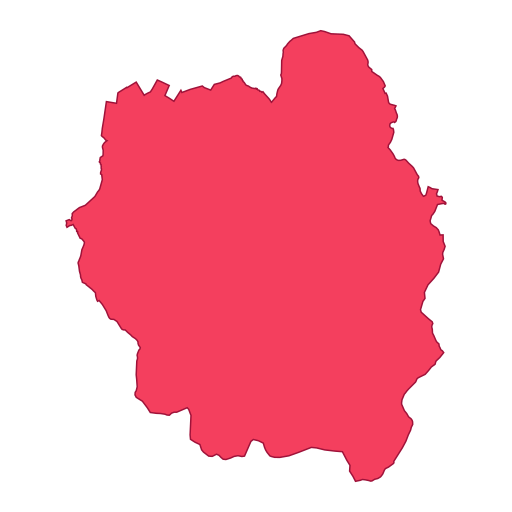 outline of Soimi, Bihor, Romania
{"feature_id": "2599482B68730254025717", "entity_name": "Soimi", "entity_type": "district", "adm_level": 2, "iso_a3": "ROU", "parent_name": "Romania", "parent_adm1": "Bihor", "projection": "albers", "projection_center": [22.142, 46.656], "detail": "fine", "context": "isolated", "style": "filled", "palette": "rose", "viewbox_px": 512, "rotation_deg": 0, "n_neighbors": 0, "source": "geoboundaries", "source_scale": "gbopen_adm2", "svg_char_len": 5943}
<svg xmlns="http://www.w3.org/2000/svg" viewBox="0 0 512 512"><path d="M201.6,449.8L203.5,452.1L208.7,456.1L211.0,456.3L212.4,456.3L216.5,454.2L219.0,455.3L221.1,457.5L223.1,459.2L225.9,459.5L230.6,458.0L234.1,456.4L238.0,455.7L241.9,456.5L244.5,456.1L250.9,441.4L253.3,439.5L258.4,440.7L263.3,443.1L264.5,447.2L265.6,449.9L267.1,452.4L269.9,455.9L271.4,456.5L274.6,457.3L279.8,457.4L288.9,455.8L298.7,452.3L311.3,447.4L316.6,447.9L324.8,449.9L335.1,451.1L342.4,451.7L346.8,460.2L350.0,465.4L349.6,471.1L353.0,476.4L355.5,481.3L360.3,480.3L362.4,479.5L365.2,479.8L368.7,480.5L370.6,481.1L372.0,480.9L374.6,479.3L377.8,478.5L380.5,476.9L381.6,475.6L382.8,473.9L384.4,470.1L385.4,468.6L388.5,467.1L393.3,463.6L393.9,462.8L393.8,461.3L402.3,447.9L405.9,441.2L408.3,434.9L410.6,430.1L411.3,427.3L412.7,424.4L412.6,421.8L412.2,420.5L411.6,419.5L410.9,418.6L409.0,417.2L408.4,416.5L406.7,413.5L404.4,410.7L401.6,404.2L401.6,402.7L402.0,399.7L404.3,394.2L405.5,392.8L406.9,390.9L408.6,389.0L415.5,382.1L416.0,381.2L416.8,379.1L417.5,378.3L418.5,377.6L425.2,374.3L428.5,370.6L431.3,367.0L435.1,364.2L435.8,361.5L436.4,360.7L439.8,357.5L443.7,352.6L442.6,351.1L442.0,350.5L441.6,350.4L440.7,349.5L440.2,348.1L439.2,346.2L438.9,343.9L436.8,342.0L435.9,340.5L433.8,335.6L432.5,333.1L432.3,329.3L431.7,326.8L432.1,324.9L432.8,323.6L432.2,321.8L428.5,318.8L421.2,312.2L420.5,309.7L422.9,301.4L425.0,298.4L424.4,292.4L428.0,284.8L433.8,278.4L438.6,272.1L440.7,264.2L443.5,258.8L442.6,254.3L442.8,252.4L444.2,249.3L445.1,246.3L443.2,241.5L443.1,234.9L440.0,235.0L439.1,231.9L438.3,229.9L436.2,227.6L433.5,226.0L430.7,223.6L430.1,220.8L431.7,215.4L432.7,214.5L434.8,211.4L437.5,204.5L442.1,203.6L444.2,203.4L444.8,204.1L445.6,204.1L445.9,203.2L445.7,202.6L445.1,202.0L442.0,200.2L442.3,197.4L441.5,196.4L441.1,196.3L439.8,196.7L437.1,196.1L436.5,193.8L437.4,191.6L438.0,189.6L432.0,188.7L430.0,187.5L428.2,186.7L426.6,192.8L425.9,195.0L425.5,195.4L424.9,195.6L424.0,196.2L423.5,196.3L423.3,196.1L421.6,193.9L420.2,191.1L420.0,188.3L419.4,187.1L418.1,183.9L417.8,182.8L417.6,180.9L417.9,179.3L418.7,177.9L418.8,177.4L418.5,176.2L417.3,174.8L413.5,167.8L412.0,166.2L408.7,163.2L405.9,160.1L404.7,159.4L404.0,159.3L400.7,160.3L398.4,160.4L397.4,160.1L396.1,159.3L395.1,158.2L394.4,156.4L393.1,154.0L390.2,149.9L388.0,147.5L388.4,146.3L388.4,145.1L390.4,142.3L391.8,139.4L393.8,132.3L393.5,129.8L393.0,128.4L392.0,128.4L390.7,127.7L389.9,126.7L389.7,125.9L389.9,124.1L390.7,123.1L391.3,122.7L393.3,121.9L394.3,122.0L394.5,122.4L395.4,121.9L395.9,121.4L396.3,120.4L396.7,118.8L397.1,118.1L397.3,117.4L397.4,116.1L397.1,114.6L396.3,112.8L395.3,109.7L394.6,108.6L396.0,105.9L394.7,105.4L390.9,104.4L389.9,104.0L389.1,103.2L388.6,102.4L387.5,96.1L386.1,93.1L385.1,93.4L382.9,88.5L384.5,87.1L385.2,85.9L383.4,81.6L380.5,77.6L379.8,76.9L378.9,76.2L377.4,75.4L371.8,71.5L371.7,69.5L369.5,67.7L368.8,67.1L368.1,66.0L367.7,64.7L368.0,63.2L368.1,62.1L368.0,61.4L367.7,60.1L363.1,51.6L362.1,50.2L358.8,47.6L355.4,44.2L354.8,43.4L354.6,42.1L349.1,35.8L343.3,34.3L331.1,33.8L324.5,31.5L320.7,30.7L316.5,32.3L308.9,33.6L293.3,38.4L291.2,40.3L289.9,41.3L287.5,44.0L286.9,45.0L286.1,46.0L283.8,48.3L283.1,50.3L283.3,52.4L283.1,53.3L282.9,56.3L281.7,60.4L281.5,71.7L281.4,73.5L280.8,75.0L281.9,78.6L281.9,80.5L281.6,83.4L280.7,85.5L278.5,88.6L277.9,89.8L277.6,90.8L276.9,93.8L276.5,96.7L275.7,97.2L271.5,102.3L270.9,101.7L270.3,100.5L268.9,98.6L264.6,93.9L262.9,91.7L261.9,92.3L261.3,91.6L260.5,91.2L259.7,91.3L259.3,90.4L259.0,90.2L258.0,90.0L257.5,89.5L257.2,88.7L256.9,88.7L256.5,89.0L255.9,88.2L255.5,88.6L255.2,88.6L252.0,88.1L250.1,87.2L248.5,86.1L246.3,85.3L245.6,84.6L244.1,82.3L243.1,81.6L243.0,80.8L242.6,80.6L242.3,80.1L242.3,79.3L241.1,78.6L240.9,77.6L240.6,77.2L239.5,77.0L238.8,76.1L237.7,75.5L236.1,75.6L234.9,76.3L233.7,76.2L232.7,76.5L232.1,76.9L231.2,78.1L230.5,78.4L223.0,81.5L220.1,82.9L214.3,84.4L210.7,90.1L204.3,87.6L202.3,86.0L190.2,89.4L181.9,92.5L180.9,90.3L173.9,101.3L169.4,98.3L164.9,95.6L169.2,85.5L161.4,81.8L157.3,80.0L152.3,89.0L150.4,91.9L148.0,93.0L145.2,94.5L144.2,95.3L136.2,82.1L127.0,87.7L126.7,87.3L118.4,92.5L117.9,93.0L116.5,103.3L106.4,101.6L103.9,118.8L102.3,128.3L101.9,132.3L101.4,135.6L102.0,136.3L104.1,138.0L105.7,140.1L107.0,140.7L104.6,142.5L103.3,144.3L102.5,145.9L102.4,146.9L102.6,148.0L103.2,150.3L103.1,154.6L102.9,155.8L100.3,157.5L99.9,159.5L99.8,161.1L99.3,161.8L99.4,162.1L100.4,162.9L100.4,164.0L101.0,164.5L101.2,165.0L101.0,165.9L101.3,166.5L101.1,168.1L101.4,168.4L101.5,169.9L100.6,172.6L100.6,174.0L101.7,174.6L102.3,179.7L99.7,189.0L98.8,190.5L97.6,191.9L94.9,196.5L85.3,205.3L79.4,207.6L73.7,211.9L72.2,213.6L72.3,215.8L71.5,217.9L72.1,219.0L71.5,220.6L70.7,220.6L69.3,219.6L66.1,220.8L66.7,223.0L66.2,225.4L67.0,227.3L69.8,225.5L71.1,225.4L73.1,224.5L75.3,228.4L76.1,228.7L76.8,230.7L76.6,231.0L76.7,231.5L77.6,231.6L77.8,232.0L77.6,233.0L80.2,238.3L81.3,238.6L82.0,239.1L84.1,241.6L84.4,242.3L84.2,243.9L83.9,244.9L83.2,246.7L81.9,249.7L80.9,255.3L80.4,257.0L79.2,259.9L78.8,261.1L78.2,262.2L78.1,263.1L78.8,265.9L79.5,271.3L80.5,274.9L80.6,276.7L81.0,278.2L81.8,279.8L82.4,282.3L85.9,283.9L86.1,284.6L92.2,289.5L93.4,290.8L95.4,292.7L95.8,296.4L96.1,297.4L96.9,300.0L97.6,301.3L99.1,300.5L102.4,304.5L106.2,310.7L108.0,315.3L108.9,317.3L109.7,318.4L110.9,319.2L113.9,319.4L117.0,321.5L121.2,328.3L122.1,329.4L123.7,329.9L125.0,329.9L125.7,330.4L127.7,332.4L130.6,334.8L132.3,336.6L135.4,338.6L137.0,340.2L138.0,341.8L138.0,343.2L138.5,345.0L140.3,347.6L140.0,348.9L138.9,350.1L137.5,353.6L137.1,355.2L137.5,357.1L137.5,358.8L136.8,361.0L136.2,374.8L136.7,379.5L137.2,386.8L136.2,390.8L135.2,392.3L135.0,394.9L136.3,397.4L142.4,401.2L147.3,407.7L150.3,412.5L156.3,413.3L160.5,413.5L165.0,414.2L166.9,415.0L169.4,415.2L171.5,413.2L174.1,412.2L176.7,412.2L187.2,407.7L188.7,409.3L191.0,415.4L190.1,434.9L190.5,439.3L195.0,442.2L199.9,444.5L201.6,449.8Z" fill="#f43f5e" stroke="#9f1239" stroke-width="1.5"/></svg>